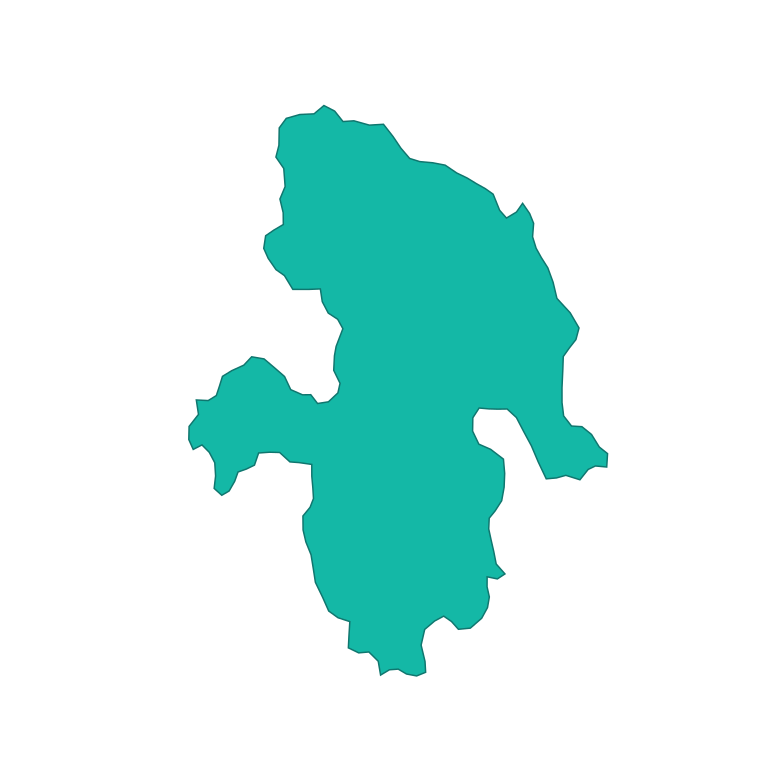 Amparo do Serra, Minas Gerais, Brazil, rotated 158°
{"feature_id": "56859067B23618411337621", "entity_name": "Amparo do Serra", "entity_type": "district", "adm_level": 2, "iso_a3": "BRA", "parent_name": "Brazil", "parent_adm1": "Minas Gerais", "projection": "equal_earth", "projection_center": [-42.798, -20.529], "detail": "fine", "context": "isolated", "style": "filled", "palette": "teal", "viewbox_px": 768, "rotation_deg": 158, "n_neighbors": 0, "source": "geoboundaries", "source_scale": "gbopen_adm2", "svg_char_len": 2331}
<svg xmlns="http://www.w3.org/2000/svg" viewBox="0 0 768 768"><g transform="rotate(158 384 384)"><path d="M496.2,115.4L486.0,117.0L477.6,114.3L471.8,106.7L463.1,101.1L453.4,101.1L449.9,111.4L447.4,128.0L438.2,141.2L425.8,145.3L415.6,146.4L410.4,138.5L406.9,128.7L395.4,125.3L381.2,130.2L371.8,137.9L366.1,147.1L364.4,157.4L360.6,166.6L351.9,160.8L343.0,162.6L347.4,175.1L345.0,187.5L343.0,200.0L341.2,210.4L336.7,220.2L328.5,224.7L318.6,231.7L311.3,243.3L305.6,255.9L301.4,269.6L309.6,283.5L318.6,292.7L319.5,307.1L314.3,319.4L304.8,326.1L296.2,321.7L288.0,318.1L279.2,314.7L273.8,303.3L272.3,287.6L270.5,271.4L270.2,254.1L269.1,235.3L259.3,232.3L249.6,231.2L238.2,221.8L226.7,228.3L218.7,228.8L208.6,223.6L202.8,235.7L208.0,244.9L210.5,259.5L216.5,270.3L225.9,274.8L229.4,287.1L225.9,300.1L220.3,314.0L212.7,330.6L207.5,342.3L198.8,347.9L189.4,353.3L182.2,362.9L184.7,380.2L191.6,398.6L189.1,415.0L188.6,430.3L190.8,442.4L192.1,452.9L191.1,464.8L185.1,476.9L185.1,487.5L187.8,499.6L196.8,493.8L208.3,492.0L211.7,501.8L211.7,519.1L216.9,527.2L223.4,535.3L229.7,543.8L237.6,552.5L245.3,564.0L256.0,570.9L267.5,576.8L275.7,583.5L280.0,596.3L282.9,610.0L287.2,625.0L300.6,629.5L313.3,639.3L323.7,642.7L327.5,655.5L335.4,664.7L347.7,660.7L361.1,665.4L375.1,666.9L385.2,660.7L392.0,644.7L399.2,634.9L396.2,621.4L401.7,604.1L411.2,594.5L413.3,580.6L417.6,569.6L428.3,568.0L438.2,565.8L444.7,554.8L444.3,543.8L441.3,530.5L435.7,521.8L433.1,505.9L418.6,500.0L407.4,496.0L410.4,483.4L409.1,470.6L402.7,461.4L401.4,450.7L407.9,443.7L414.3,436.8L419.4,428.7L425.5,415.5L424.5,401.1L430.1,393.0L442.2,388.3L452.9,390.8L455.9,401.5L463.6,404.5L472.6,413.7L473.4,428.2L478.9,439.0L485.8,452.2L496.5,458.8L506.9,454.0L520.2,453.4L530.9,451.6L537.5,443.5L543.8,436.1L553.2,434.5L564.0,439.5L567.4,425.3L580.6,417.7L585.8,405.6L585.4,394.8L575.6,395.7L571.6,386.1L570.4,374.4L574.6,361.8L580.6,350.8L576.1,341.6L567.7,342.8L558.9,349.7L552.3,357.1L543.5,356.7L534.5,357.3L526.1,367.0L515.6,363.6L506.4,359.6L500.4,347.0L492.3,343.0L481.1,336.5L485.5,325.5L489.0,314.0L492.3,304.2L498.7,297.4L508.6,292.0L513.7,279.0L515.6,266.9L515.6,253.0L518.6,239.8L521.9,225.8L520.8,209.2L520.3,194.2L514.2,184.5L504.7,176.5L510.7,163.9L515.9,152.7L508.2,144.2L498.4,141.2L493.2,129.1L496.2,115.4Z" fill="#14b8a6" stroke="#0f766e" stroke-width="1.5"/></g></svg>